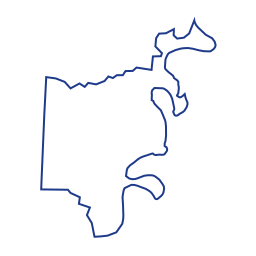 Adams, Mississippi, United States of America, rotated 182°
{"feature_id": "52423323B79783446194500", "entity_name": "Adams", "entity_type": "district", "adm_level": 2, "iso_a3": "USA", "parent_name": "United States of America", "parent_adm1": "Mississippi", "projection": "orthographic", "projection_center": [-91.474, 31.468], "detail": "fine", "context": "isolated", "style": "outline", "palette": "blue", "viewbox_px": 256, "rotation_deg": 182, "n_neighbors": 0, "source": "geoboundaries", "source_scale": "gbopen_adm2", "svg_char_len": 2428}
<svg xmlns="http://www.w3.org/2000/svg" viewBox="0 0 256 256"><g transform="rotate(182 128 128)"><path d="M211.5,176.0L212.0,144.9L212.1,140.6L212.6,71.7L212.6,63.6L185.9,64.2L183.2,61.1L173.7,57.1L174.4,50.5L163.3,47.2L166.0,39.5L160.9,31.8L157.7,18.2L157.0,18.2L151.6,18.7L144.7,19.7L136.3,23.2L136.0,23.4L130.6,31.7L130.3,32.5L129.6,37.1L129.6,40.9L130.3,51.0L131.0,58.3L130.9,60.3L130.2,65.4L129.3,67.8L124.0,70.6L122.5,71.3L119.6,71.3L117.2,70.8L108.1,67.8L104.5,65.8L102.7,64.4L101.7,63.3L100.1,61.2L99.2,59.6L98.3,58.3L97.7,58.0L96.7,57.9L96.1,58.1L93.4,60.4L91.7,62.1L90.7,63.8L90.3,65.0L89.8,68.5L90.1,70.5L90.3,71.2L90.9,72.1L91.5,73.1L94.9,77.5L97.9,79.7L99.7,80.8L100.9,81.3L102.8,81.6L107.2,81.4L110.2,80.8L117.4,77.8L119.3,77.2L122.0,77.0L123.8,77.3L125.2,77.7L128.3,79.9L127.8,85.2L127.4,86.9L127.0,87.9L127.0,88.0L124.6,90.8L120.7,93.8L116.9,97.2L114.8,98.6L112.7,99.7L102.7,103.4L102.2,103.3L101.3,102.5L99.4,101.9L95.8,102.5L93.6,102.4L92.1,102.5L91.2,102.7L90.5,103.2L88.6,106.0L88.3,106.7L88.1,107.6L88.2,108.5L88.9,110.2L90.2,110.8L90.8,111.4L90.8,114.1L90.1,116.1L89.7,122.0L90.1,131.1L90.8,135.6L91.4,137.5L92.4,139.6L93.7,142.6L95.8,146.9L99.2,150.0L102.5,153.3L103.7,155.9L105.3,156.7L105.3,158.4L105.3,162.1L105.6,164.2L105.2,166.4L103.0,168.9L94.5,168.9L93.1,168.4L90.5,166.8L88.5,164.9L86.7,162.6L84.9,158.9L82.5,149.5L82.5,148.0L83.4,145.9L83.3,145.5L82.1,142.9L81.8,142.5L80.7,142.0L79.5,142.1L78.0,142.9L77.3,143.7L73.8,145.8L72.2,147.3L70.1,150.9L69.4,153.5L69.4,155.4L70.9,158.6L71.8,161.1L72.5,163.9L74.7,161.7L75.4,161.2L77.0,160.4L78.1,160.7L80.2,162.0L80.1,162.5L79.0,164.4L78.6,169.4L78.7,170.7L79.3,173.3L79.3,175.9L80.4,177.3L83.7,179.5L84.6,181.5L85.1,182.1L89.6,185.4L92.5,188.0L92.9,188.7L93.2,189.5L93.0,196.3L92.9,198.0L91.8,200.9L90.6,203.3L89.6,204.4L83.1,207.6L77.6,209.3L74.1,209.8L70.6,210.0L66.1,209.5L59.7,208.1L54.8,207.4L49.2,207.4L48.0,207.7L45.5,209.6L44.6,210.6L43.7,212.1L43.4,213.7L43.4,214.3L44.4,217.3L47.0,220.6L53.5,223.9L61.4,230.8L63.7,233.5L65.3,236.7L65.5,237.8L70.2,224.6L75.3,220.2L82.0,219.1L85.6,222.2L85.6,228.4L93.4,224.0L100.2,223.4L103.0,218.8L103.5,210.5L96.7,204.0L97.6,200.9L105.6,200.4L106.5,186.9L121.6,188.7L125.3,185.2L132.5,184.8L135.0,180.6L141.0,180.4L144.8,177.4L149.4,178.8L153.1,174.1L161.4,170.5L169.3,171.7L172.7,167.6L178.0,170.8L186.8,165.6L192.9,171.9L201.8,175.0L211.5,176.0Z" fill="none" stroke="#1e3a8a" stroke-width="2"/></g></svg>